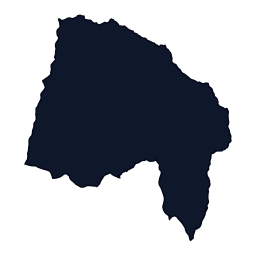 outline of Jericó, Boyacá, Colombia
{"feature_id": "7082276B82066081329321", "entity_name": "Jericó", "entity_type": "district", "adm_level": 2, "iso_a3": "COL", "parent_name": "Colombia", "parent_adm1": "Boyacá", "projection": "robinson", "projection_center": [-72.572, 6.138], "detail": "fine", "context": "isolated", "style": "filled", "palette": "ink", "viewbox_px": 256, "rotation_deg": 0, "n_neighbors": 0, "source": "geoboundaries", "source_scale": "gbopen_adm2", "svg_char_len": 5749}
<svg xmlns="http://www.w3.org/2000/svg" viewBox="0 0 256 256"><path d="M175.4,64.4L174.3,64.1L173.4,63.6L171.9,62.1L171.6,61.1L171.9,58.1L171.4,56.7L170.9,54.0L170.3,52.5L169.4,52.0L169.1,51.6L168.3,49.9L167.3,49.2L166.6,48.9L166.2,48.4L165.9,47.8L165.7,46.9L165.4,46.4L165.0,45.4L164.3,45.5L163.3,46.1L162.1,45.3L161.2,45.1L159.4,46.3L158.9,46.5L158.2,46.3L157.1,45.2L155.9,44.9L155.5,44.6L154.3,43.3L153.0,43.0L149.8,41.4L147.1,40.3L146.8,40.0L146.4,39.2L145.5,38.5L144.7,38.2L143.0,38.1L141.5,37.5L139.5,35.8L138.5,35.8L138.1,35.6L137.9,35.2L137.6,34.4L137.4,34.2L136.4,34.0L135.6,33.4L134.7,33.4L133.9,33.0L133.4,32.4L133.3,31.6L133.0,31.3L129.4,30.1L128.6,29.3L127.4,29.0L126.6,27.7L125.4,27.1L124.7,26.2L124.2,26.1L122.9,26.6L121.1,26.1L119.2,26.1L118.7,25.7L118.6,25.0L118.4,24.6L117.3,23.3L116.0,22.0L115.4,21.7L114.5,21.5L113.5,20.0L112.2,19.6L111.6,19.1L110.5,19.6L109.9,20.2L109.8,20.6L110.1,21.4L109.9,21.8L109.1,21.9L108.0,22.6L106.4,23.2L105.8,22.7L104.3,22.5L103.3,23.5L102.2,23.7L101.1,24.4L99.1,24.9L98.3,24.9L97.9,24.7L97.2,24.1L96.6,23.0L96.0,23.0L95.1,23.3L94.5,23.3L92.9,22.7L92.4,22.2L90.9,20.6L90.4,20.3L88.0,20.2L85.7,19.7L84.7,19.3L84.1,18.5L84.1,16.8L83.8,16.1L83.2,16.0L82.2,16.2L80.7,15.4L79.5,15.4L78.0,15.7L77.7,15.8L77.2,16.6L76.6,17.1L75.0,17.7L73.3,18.7L71.5,18.6L70.8,18.2L70.2,18.1L68.6,18.1L67.1,18.6L65.4,19.6L62.9,20.5L61.9,20.6L61.3,20.4L59.5,19.1L58.9,19.0L58.6,19.2L59.7,22.5L60.2,26.5L59.9,27.5L57.6,29.7L57.1,30.8L57.0,32.4L57.4,35.2L57.8,36.0L58.5,36.5L58.7,37.3L58.7,37.7L58.5,39.0L58.3,39.8L56.4,42.5L55.9,43.6L55.6,44.7L55.6,46.4L56.0,48.0L56.1,49.3L55.7,51.3L55.6,54.3L54.9,56.5L54.7,57.4L55.0,58.0L55.5,58.8L55.7,59.6L55.6,60.0L55.4,60.3L54.3,61.2L51.3,64.8L51.2,66.0L51.5,69.4L51.4,70.2L50.8,72.6L50.9,73.9L50.6,74.8L47.8,77.3L46.8,77.9L44.8,79.4L43.3,80.4L42.8,80.9L42.8,81.4L43.4,82.1L44.1,83.4L44.6,85.0L45.1,86.0L45.4,87.4L45.0,88.5L44.2,89.8L41.2,93.6L40.9,95.0L41.3,97.6L40.9,99.3L40.5,100.3L38.5,104.1L37.8,106.3L36.4,108.0L36.1,108.9L36.2,112.1L35.9,114.4L36.3,117.1L36.2,118.2L36.3,119.4L36.3,119.9L35.5,121.5L34.3,122.9L34.0,123.7L34.0,126.9L32.8,130.3L32.6,131.5L32.5,133.4L32.0,135.3L31.7,135.8L30.3,137.5L29.4,139.1L29.1,140.5L29.2,144.7L28.7,147.8L28.6,150.6L27.7,153.5L28.0,156.0L27.7,158.8L27.4,159.9L26.6,160.9L25.1,163.9L27.4,164.5L28.5,165.0L31.5,165.6L33.1,165.7L35.4,165.7L35.9,165.8L38.5,167.3L43.8,169.1L46.6,169.8L49.5,171.0L50.0,171.4L51.1,173.1L52.1,175.6L52.8,178.2L56.1,178.0L59.2,177.1L60.7,176.5L63.8,174.1L65.1,173.7L66.7,173.8L67.4,174.2L68.2,175.1L69.3,175.8L70.2,178.6L70.5,179.0L71.6,180.2L74.7,182.8L76.0,184.2L78.1,185.3L80.8,187.0L83.0,187.0L83.9,186.9L86.1,185.9L87.7,185.4L93.5,185.8L93.9,186.0L95.3,185.9L96.7,186.5L97.7,185.8L99.4,183.8L101.0,180.3L104.3,175.3L110.1,172.8L110.8,172.8L111.7,173.9L112.7,174.7L115.6,176.2L116.9,176.5L117.6,177.1L118.7,177.6L119.7,177.7L119.6,176.9L119.3,176.5L119.4,176.0L119.1,175.8L119.1,175.5L119.6,175.1L119.9,175.1L120.4,174.8L121.0,174.3L121.5,173.6L121.7,173.0L122.9,172.0L123.6,172.0L124.7,171.3L125.7,170.9L125.8,170.7L126.1,170.7L126.6,171.3L126.8,171.2L127.1,170.6L127.9,169.8L129.7,169.1L130.4,168.6L133.2,167.2L133.5,166.8L134.0,165.6L135.0,164.5L135.1,163.3L136.5,163.2L139.0,162.4L140.2,161.5L141.2,161.0L141.7,160.5L142.0,160.4L144.4,160.4L145.1,160.1L145.8,159.5L146.4,159.5L148.1,160.3L149.3,161.1L151.2,161.2L153.2,161.0L156.3,160.0L156.7,160.9L157.5,162.1L159.1,163.9L159.7,164.4L159.4,166.3L159.3,167.5L159.5,169.1L159.6,169.5L160.7,170.5L161.2,171.3L161.4,172.3L161.3,173.4L161.0,174.9L159.9,177.9L159.2,181.2L159.1,183.0L159.2,184.2L160.0,185.9L160.7,187.0L161.6,188.9L163.7,194.9L164.4,197.5L164.5,199.1L164.2,201.6L162.9,206.7L163.6,210.0L165.1,212.5L166.2,213.6L168.4,215.3L169.1,216.6L169.2,218.1L169.5,219.2L171.1,217.4L172.1,216.6L173.2,216.0L174.6,215.9L175.9,216.1L176.6,216.4L178.1,218.5L182.0,222.8L184.9,227.2L185.3,228.2L185.9,230.6L186.6,232.2L188.9,235.2L189.3,236.2L189.8,238.6L190.3,240.4L190.2,240.6L193.2,238.0L193.0,237.0L193.1,235.8L195.0,229.7L195.4,228.9L196.0,228.6L196.7,229.0L197.5,227.9L198.6,227.9L200.1,226.3L200.4,225.8L201.2,223.5L201.4,221.8L202.3,219.9L203.6,217.7L204.4,215.6L205.0,214.6L204.9,213.7L205.1,213.0L204.8,212.3L205.0,212.1L205.5,212.0L206.2,210.5L206.2,210.3L205.8,210.2L206.0,209.8L206.0,209.3L206.1,209.1L206.6,209.4L206.9,209.2L207.4,207.7L206.8,206.2L206.7,205.7L207.2,204.5L208.0,203.1L208.3,202.0L208.3,201.2L207.9,199.3L207.7,197.8L207.8,195.0L208.3,191.2L207.9,189.7L207.9,189.1L208.1,188.5L209.7,185.4L209.8,184.2L209.3,180.4L208.5,178.2L207.2,176.0L206.9,174.7L206.7,172.3L207.1,171.1L208.1,170.0L208.5,169.5L208.5,166.5L208.7,166.0L209.6,164.9L210.0,163.9L210.0,163.3L209.7,161.3L210.7,158.1L211.0,154.1L211.6,153.4L213.1,153.3L215.0,151.8L216.9,150.8L219.3,150.9L222.0,150.7L223.5,149.5L224.8,149.4L225.2,148.7L225.7,148.3L227.3,147.4L228.1,145.8L228.3,144.3L228.7,143.1L229.2,142.4L230.2,141.9L230.7,141.4L230.9,140.5L230.5,138.5L230.8,136.1L229.5,132.8L229.3,130.9L228.5,128.9L227.9,127.9L227.6,126.6L227.6,125.8L228.0,125.0L228.4,123.6L228.6,122.2L228.1,119.1L227.9,115.5L227.9,114.7L228.2,112.6L228.2,111.5L227.1,108.9L226.8,108.6L226.5,108.6L224.6,109.2L223.6,108.0L220.0,106.5L218.9,105.6L218.2,104.8L217.8,103.7L217.9,102.3L217.8,101.4L216.9,98.9L216.2,97.9L214.9,96.9L214.4,96.3L214.2,95.7L214.0,94.1L212.7,91.9L212.1,89.4L211.1,88.1L209.3,86.8L208.5,85.5L208.4,84.3L208.0,83.4L206.1,83.1L205.5,83.2L204.2,83.7L203.1,83.8L200.9,83.1L199.6,82.2L197.6,82.5L197.1,82.4L195.7,81.3L194.1,80.5L191.4,79.6L189.7,78.6L189.4,78.4L188.7,77.5L187.6,76.8L185.0,74.5L182.9,73.5L181.4,72.2L180.6,70.9L179.9,69.5L179.4,69.2L178.6,69.0L178.4,68.8L177.7,67.4L176.9,66.7L176.0,64.9L175.4,64.4Z" fill="#0f172a" stroke="#020617" stroke-width="1.5"/></svg>